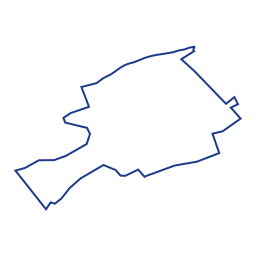 Bland, Virginia, United States of America
{"feature_id": "52423323B69733350271786", "entity_name": "Bland", "entity_type": "district", "adm_level": 2, "iso_a3": "USA", "parent_name": "United States of America", "parent_adm1": "Virginia", "projection": "albers", "projection_center": [-81.149, 37.127], "detail": "fine", "context": "isolated", "style": "outline", "palette": "blue", "viewbox_px": 256, "rotation_deg": 0, "n_neighbors": 0, "source": "geoboundaries", "source_scale": "gbopen_adm2", "svg_char_len": 801}
<svg xmlns="http://www.w3.org/2000/svg" viewBox="0 0 256 256"><path d="M46.0,209.3L50.6,202.4L54.8,203.7L61.3,198.6L69.8,187.9L80.6,178.4L103.5,165.0L115.7,170.1L120.5,175.6L125.3,175.8L138.2,169.6L144.5,176.8L147.2,175.6L174.8,165.5L196.9,161.7L219.2,153.1L212.5,133.7L222.6,131.3L240.6,118.6L230.8,107.6L238.0,104.2L234.4,97.1L226.0,103.8L194.3,71.0L181.3,59.2L194.0,51.2L193.6,50.8L193.3,49.6L194.4,47.5L194.2,46.7L188.1,48.0L186.5,48.8L183.6,49.6L178.6,50.5L172.9,52.3L155.6,55.1L151.6,55.9L145.1,57.8L134.0,62.2L127.9,63.9L124.9,65.1L120.8,67.4L111.0,74.3L103.4,78.1L96.6,83.1L81.4,87.0L89.0,106.8L70.6,113.1L63.4,117.9L65.2,122.6L87.0,127.9L90.0,133.9L86.7,144.0L65.8,155.9L54.1,160.1L38.8,160.3L24.9,168.0L15.4,170.6L24.8,182.4L46.0,209.3Z" fill="none" stroke="#1e3a8a" stroke-width="2"/></svg>